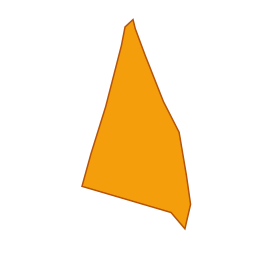 the Quarter of Laborie, rotated 353°
{"feature_id": "LCA-5082", "entity_name": "Laborie", "entity_type": "Quarter", "adm_level": 1, "iso_a3": "LCA", "parent_name": "Saint Lucia", "parent_adm1": "", "projection": "robinson", "projection_center": [-60.981, 13.781], "detail": "fine", "context": "isolated", "style": "filled", "palette": "amber", "viewbox_px": 256, "rotation_deg": 353, "n_neighbors": 0, "source": "natural_earth", "source_scale": "10m", "svg_char_len": 344}
<svg xmlns="http://www.w3.org/2000/svg" viewBox="0 0 256 256"><g transform="rotate(353 128 128)"><path d="M172.2,235.0L160.4,217.1L75.2,180.3L88.1,149.1L108.5,104.0L131.5,45.4L137.4,27.3L146.2,21.0L147.3,30.3L153.9,58.1L166.4,106.2L178.2,138.5L180.2,182.1L180.8,211.4L172.2,235.0Z" fill="#f59e0b" stroke="#b45309" stroke-width="1.5"/></g></svg>